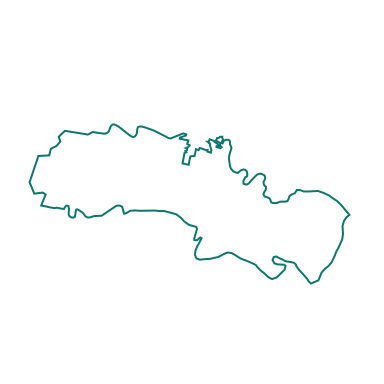 Sokuluk, Chuy, Kyrgyzstan (Albers equal-area conic projection), rotated 288°
{"feature_id": "92254566B29732535637196", "entity_name": "Sokuluk", "entity_type": "district", "adm_level": 2, "iso_a3": "KGZ", "parent_name": "Kyrgyzstan", "parent_adm1": "Chuy", "projection": "albers", "projection_center": [74.357, 42.835], "detail": "fine", "context": "isolated", "style": "outline", "palette": "teal", "viewbox_px": 384, "rotation_deg": 288, "n_neighbors": 0, "source": "geoboundaries", "source_scale": "gbopen_adm2", "svg_char_len": 3656}
<svg xmlns="http://www.w3.org/2000/svg" viewBox="0 0 384 384"><g transform="rotate(288 192 192)"><path d="M184.8,348.6L193.4,349.5L198.7,348.6L206.1,345.7L211.5,345.5L215.8,346.7L218.9,348.8L225.6,338.1L228.2,332.9L229.6,327.8L231.1,323.2L231.8,317.3L231.9,311.4L228.6,302.9L227.0,298.0L227.3,294.0L226.4,291.1L222.5,290.2L220.7,287.8L218.4,286.0L215.7,286.0L212.8,285.6L211.4,283.1L210.7,280.5L209.7,278.4L207.6,275.9L206.7,273.0L206.5,270.8L209.9,267.8L210.2,264.9L210.2,262.3L212.0,260.6L214.6,260.8L216.1,261.2L217.3,261.4L219.8,260.7L220.3,259.3L221.5,257.9L223.7,256.9L225.2,257.2L227.0,257.4L228.6,257.1L230.3,255.6L230.7,252.5L230.4,250.8L228.5,248.4L224.1,246.1L217.8,243.4L216.1,241.9L215.7,240.6L215.8,238.7L215.8,238.4L218.2,237.5L222.4,238.1L223.7,239.4L225.9,239.2L228.6,237.7L229.5,235.9L229.3,233.7L227.4,231.5L224.3,229.8L224.1,226.9L224.4,224.9L226.3,221.7L228.6,220.0L235.4,216.7L238.8,216.1L240.8,216.1L246.2,215.9L249.3,213.3L251.5,212.6L252.6,211.8L252.8,210.4L252.4,208.6L250.6,206.4L247.7,206.1L247.9,204.6L248.9,205.1L250.2,205.0L250.6,205.4L251.0,205.4L251.9,205.0L253.1,203.8L253.9,203.7L253.1,201.5L251.7,200.7L251.0,199.1L248.3,199.0L247.4,203.8L244.9,204.4L243.7,206.3L242.4,205.5L242.4,201.3L243.2,201.2L243.3,202.7L244.0,202.5L244.1,203.5L244.5,204.0L245.8,201.0L246.7,197.8L247.4,197.6L247.6,192.5L245.2,192.4L244.7,191.3L244.1,193.3L243.6,193.1L243.1,194.5L242.2,194.5L238.1,197.4L235.2,197.8L235.2,194.2L236.8,193.8L236.1,192.7L236.3,188.8L236.3,187.4L236.2,185.7L233.9,185.3L234.0,182.6L226.9,183.3L225.4,179.4L216.8,180.4L216.3,174.2L226.8,172.8L228.0,174.3L229.0,173.0L230.1,174.3L231.8,174.0L231.9,172.6L233.6,174.6L235.7,175.4L236.2,172.6L239.9,172.6L238.9,163.9L240.1,163.8L243.8,168.7L245.0,168.7L245.0,165.5L236.3,155.1L236.0,153.0L236.6,150.0L238.6,137.4L238.7,135.0L238.8,132.9L238.9,127.0L238.7,123.9L238.0,121.7L236.9,120.5L235.1,120.5L232.4,121.1L230.4,121.4L228.8,121.1L227.0,120.4L226.1,118.9L226.1,117.0L226.4,116.2L226.9,114.5L227.3,113.5L228.4,110.4L229.2,108.4L231.6,101.8L232.3,97.3L231.6,95.6L229.4,94.4L223.9,94.1L221.9,93.0L220.4,90.9L218.8,82.3L218.4,79.0L214.3,75.1L214.2,73.3L210.9,52.2L203.3,48.2L199.2,51.2L193.9,48.9L189.5,44.4L182.7,44.9L178.8,34.8L151.1,34.5L141.7,42.5L145.3,50.1L144.4,53.5L132.5,52.8L133.1,56.8L133.4,60.9L134.1,66.1L135.3,68.3L135.8,73.0L136.3,75.5L138.2,75.8L140.1,76.6L140.5,77.8L140.4,78.9L138.0,80.2L135.1,80.9L132.8,81.6L131.6,82.4L130.9,83.6L130.6,85.1L130.9,86.9L132.1,88.2L134.7,88.0L138.1,87.3L139.6,87.4L140.1,88.4L139.7,90.4L139.1,92.1L139.0,93.3L137.9,95.6L136.3,97.6L135.5,99.8L135.9,102.0L136.7,103.3L138.9,106.4L141.5,113.4L148.3,118.7L155.3,124.1L156.4,126.0L156.7,128.2L156.3,130.2L150.4,134.1L151.4,135.9L155.0,139.0L156.8,143.4L158.2,148.8L162.7,161.8L164.0,167.6L165.3,171.4L166.0,183.6L163.9,189.8L161.4,194.1L159.8,199.5L160.2,206.8L158.3,208.2L154.5,208.3L148.4,208.5L147.0,209.1L147.7,211.8L150.5,213.3L151.3,214.1L151.0,215.4L146.1,214.6L141.4,213.7L137.4,213.4L133.0,214.3L130.2,216.8L130.1,220.5L132.1,224.9L134.0,229.9L136.2,233.4L138.2,237.0L143.2,241.8L145.5,244.7L146.2,248.7L145.3,252.8L143.7,258.9L143.5,264.8L142.7,272.9L142.2,275.5L141.0,277.1L138.5,281.7L137.1,285.6L135.1,289.9L134.1,293.1L134.0,295.2L137.2,299.2L146.6,304.0L150.7,303.8L151.3,302.1L149.6,295.7L149.6,292.4L152.2,289.6L155.5,289.9L156.7,292.1L156.1,295.5L155.8,298.1L155.1,302.7L155.9,307.3L156.2,310.9L155.1,313.2L153.6,314.4L151.4,317.2L149.5,320.7L147.9,323.5L146.4,326.0L145.0,328.4L143.3,330.3L141.7,333.4L147.0,339.5L155.6,340.2L160.3,342.3L163.7,344.7L168.0,346.4L174.0,347.3L180.3,347.7L184.8,348.6Z" fill="none" stroke="#0f766e" stroke-width="2"/></g></svg>